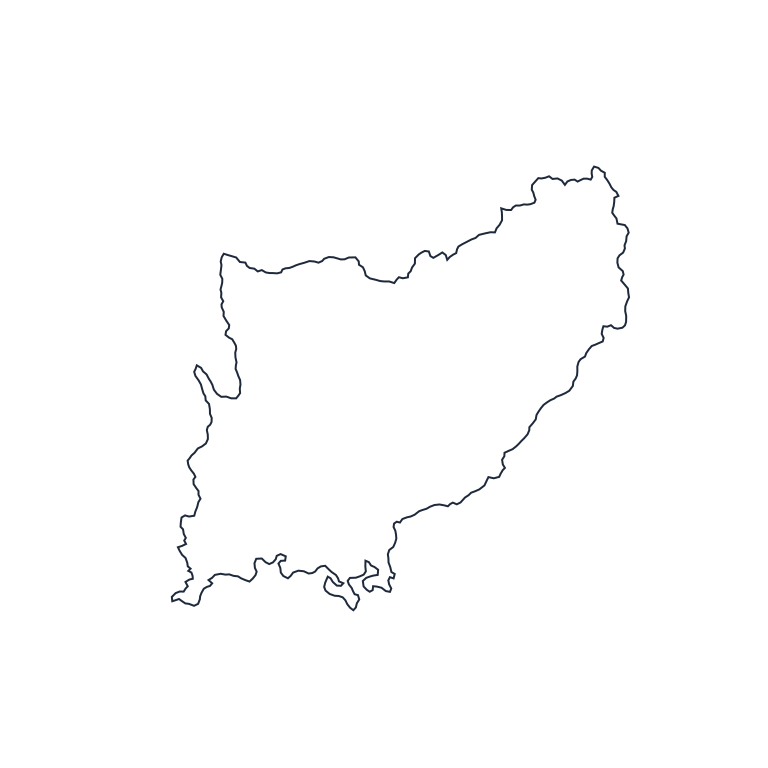 Bom Retiro, Santa Catarina, Brazil (Mercator projection), rotated 293°
{"feature_id": "56859067B90842299420584", "entity_name": "Bom Retiro", "entity_type": "district", "adm_level": 2, "iso_a3": "BRA", "parent_name": "Brazil", "parent_adm1": "Santa Catarina", "projection": "mercator", "projection_center": [-49.588, -27.777], "detail": "fine", "context": "isolated", "style": "outline", "palette": "slate", "viewbox_px": 768, "rotation_deg": 293, "n_neighbors": 0, "source": "geoboundaries", "source_scale": "gbopen_adm2", "svg_char_len": 6166}
<svg xmlns="http://www.w3.org/2000/svg" viewBox="0 0 768 768"><g transform="rotate(293 384 384)"><path d="M441.3,185.6L437.2,185.1L433.0,185.8L429.8,188.0L425.6,189.2L420.6,190.6L417.6,194.1L414.0,195.5L410.6,196.1L407.1,196.6L404.3,198.7L400.1,200.2L397.4,203.7L393.8,203.3L391.1,204.7L387.8,208.3L383.9,209.7L380.8,213.9L377.8,218.5L374.5,219.4L370.9,218.0L367.3,218.9L366.1,223.4L365.9,226.8L363.4,230.2L361.4,232.7L358.5,234.3L354.8,234.8L350.4,236.9L346.3,239.8L343.2,240.4L339.9,241.5L337.2,244.3L334.6,246.6L331.4,250.0L327.4,252.1L323.3,253.1L319.4,255.1L316.4,254.5L313.0,253.5L311.1,248.9L310.8,243.8L308.6,239.2L309.7,234.1L312.3,229.6L316.2,226.3L318.6,223.4L320.3,220.8L323.5,216.9L324.9,212.5L327.4,209.3L328.0,204.4L324.2,204.7L321.1,204.5L317.8,207.2L314.8,212.1L312.0,215.7L308.4,218.5L304.8,221.5L302.9,224.3L299.2,226.3L297.3,230.7L292.9,233.5L288.5,235.5L285.4,238.7L281.6,240.1L278.6,239.9L275.8,238.5L272.4,238.9L268.5,241.6L264.5,243.4L259.7,243.3L255.5,240.9L251.9,237.8L246.7,236.5L242.9,234.7L239.8,234.1L236.7,233.2L233.5,235.2L231.2,237.3L229.3,240.1L227.1,244.1L224.8,246.7L221.6,245.9L217.4,247.9L214.7,252.1L213.0,255.1L209.6,256.5L206.7,259.9L202.8,259.3L197.7,260.1L192.8,260.2L188.6,260.8L185.8,256.3L185.3,252.2L182.0,249.8L177.1,251.1L173.1,252.5L171.7,255.8L167.7,258.3L164.9,261.7L161.8,261.3L159.4,264.3L156.0,261.3L153.2,258.1L150.4,261.3L147.8,265.0L146.3,269.3L142.5,272.8L139.5,274.6L138.4,278.1L135.5,276.9L135.2,280.4L132.7,282.7L130.0,284.1L128.0,281.3L124.2,278.6L121.1,282.4L118.2,281.3L114.6,280.7L113.2,277.1L110.1,273.9L105.1,271.9L101.3,274.0L103.8,276.9L106.0,279.3L105.2,282.8L104.4,286.8L105.4,290.3L105.6,295.8L109.0,298.8L113.9,298.6L116.8,297.7L120.4,297.6L125.1,298.1L128.0,300.2L130.1,302.7L133.4,303.7L135.0,299.1L138.4,301.5L142.2,302.9L145.5,307.8L146.6,312.6L148.3,315.9L148.6,320.4L149.9,324.8L149.3,328.2L149.3,333.1L149.6,337.4L153.6,339.2L157.9,340.4L161.5,340.1L164.3,337.0L168.4,334.8L173.2,334.7L175.6,339.7L173.7,344.6L173.4,348.7L176.4,351.5L180.4,352.8L183.9,352.4L187.0,355.2L187.0,360.9L182.8,362.0L180.9,358.1L177.5,357.0L174.2,360.4L170.1,362.7L167.9,366.4L167.6,371.5L171.0,373.1L174.9,374.0L178.7,378.1L180.3,383.4L180.1,388.7L182.0,391.9L184.5,393.9L188.3,394.9L191.4,397.1L193.7,400.9L191.9,405.3L190.5,409.1L189.4,414.4L187.2,417.6L184.7,419.7L184.7,424.4L181.4,423.2L180.0,419.3L181.8,414.2L184.3,410.7L184.7,407.5L181.7,407.5L178.2,407.5L173.8,408.2L171.0,410.9L169.5,416.0L169.8,421.3L171.2,425.2L171.5,429.3L169.8,433.0L167.0,436.2L164.8,440.2L163.8,444.2L167.3,445.4L171.5,444.7L176.0,445.4L179.5,442.5L179.0,439.1L181.2,436.4L183.6,434.0L185.8,430.0L188.6,427.5L192.2,428.4L194.7,433.8L197.7,437.1L200.6,439.8L204.4,440.5L208.8,438.1L214.1,436.0L214.1,439.7L211.9,442.9L211.8,446.9L210.7,451.2L205.8,452.8L203.6,449.2L201.3,446.3L198.6,443.4L194.4,441.5L189.7,444.3L187.8,448.6L187.2,452.0L189.8,454.1L193.6,453.0L194.7,456.5L195.5,461.3L194.1,466.6L195.0,470.7L198.6,470.6L201.6,467.0L204.9,464.7L208.5,464.9L208.8,468.8L213.3,468.1L213.8,464.3L217.9,461.3L221.5,457.9L225.2,456.2L228.7,454.1L233.2,453.7L237.6,456.2L242.0,456.3L246.4,455.8L250.1,453.9L253.3,451.8L256.1,448.7L259.4,447.8L262.2,449.5L262.7,452.8L266.9,453.7L270.3,457.3L272.5,460.4L275.7,463.3L280.7,466.1L283.2,468.8L285.7,471.8L289.1,474.4L292.3,477.7L294.8,482.2L295.9,487.2L296.4,490.6L299.3,491.8L301.7,493.7L301.7,498.0L304.8,500.7L311.1,502.9L314.7,505.3L318.0,506.7L320.8,509.7L324.2,512.9L329.9,516.1L335.2,516.3L339.1,516.5L340.1,521.9L343.5,526.3L346.8,526.4L350.9,526.9L354.0,528.1L356.4,524.8L360.4,522.3L364.5,523.0L367.8,521.8L371.4,525.1L374.2,527.8L378.4,530.1L381.7,531.5L384.9,532.6L388.8,534.2L393.8,535.8L398.2,535.8L401.0,534.7L405.9,536.3L410.7,537.5L415.1,536.5L418.7,537.0L423.1,537.9L427.2,539.1L430.9,541.3L434.1,543.5L437.2,546.4L439.8,547.8L442.8,551.1L446.6,554.6L450.2,557.2L456.0,558.6L460.2,557.4L464.0,558.3L467.4,558.3L471.3,557.0L475.7,555.1L480.4,554.5L483.7,555.3L487.8,558.3L491.4,558.1L495.9,559.0L500.2,560.4L502.5,562.9L505.3,565.5L508.6,568.7L512.2,568.2L515.2,564.8L519.3,563.8L522.9,563.4L524.0,567.1L526.8,570.0L525.5,573.9L526.2,577.4L529.0,581.5L532.1,582.9L535.7,582.6L541.2,580.4L545.4,577.5L549.8,575.8L555.3,575.5L559.5,575.7L563.1,573.4L567.2,571.2L569.7,566.4L571.9,561.9L575.4,561.5L578.3,561.8L581.2,559.7L583.0,554.4L586.9,551.4L591.0,549.9L594.5,550.5L598.4,552.8L602.8,552.8L605.7,551.2L610.0,551.1L614.8,549.6L618.9,550.1L622.4,547.3L624.4,543.5L622.8,536.3L627.2,533.3L629.1,529.9L630.8,527.2L634.1,526.3L637.5,525.9L641.5,524.8L645.5,523.3L648.7,526.3L651.6,522.8L652.3,519.4L653.8,516.5L656.5,513.3L659.0,509.7L661.0,506.2L664.7,504.7L665.1,500.5L666.7,496.9L666.2,492.4L661.8,491.8L658.9,492.9L656.0,494.8L652.9,494.4L652.4,490.8L651.0,487.5L648.7,485.4L646.0,483.1L646.6,479.6L644.9,476.4L642.1,473.7L638.0,472.7L640.7,468.2L641.0,463.4L638.6,459.0L639.7,454.8L636.9,451.9L634.7,448.6L633.8,445.6L629.4,444.1L625.0,442.6L620.6,444.1L618.6,446.6L615.6,448.9L612.8,451.6L609.7,451.6L606.7,448.5L605.1,445.8L604.0,442.6L601.4,439.4L599.8,435.6L597.1,433.8L593.8,433.0L592.0,428.5L591.5,423.3L587.9,425.5L584.1,427.3L580.8,428.7L575.7,428.2L571.3,426.8L566.9,426.9L565.3,422.7L562.0,418.0L558.4,413.2L554.2,411.2L551.2,408.0L547.8,405.2L543.1,401.3L539.6,398.8L536.5,398.6L532.7,399.3L530.1,397.1L526.6,394.9L523.0,393.7L526.8,390.5L527.9,386.3L523.7,383.4L519.4,380.1L519.9,376.7L523.5,373.5L522.4,369.5L519.4,367.0L516.9,365.4L511.9,363.4L506.9,365.4L502.2,364.3L498.3,364.5L495.1,363.2L491.5,364.3L488.7,360.0L488.1,356.0L485.1,354.9L480.9,354.0L480.4,348.7L478.4,343.9L477.3,340.4L476.7,335.7L475.7,329.7L476.8,324.8L480.4,322.1L483.2,319.0L484.0,314.4L487.0,312.8L489.4,308.2L486.7,302.2L483.4,299.0L481.8,295.6L481.4,292.1L480.9,288.0L479.3,283.6L475.9,280.0L473.1,279.1L470.1,276.3L469.6,272.2L468.0,267.3L464.4,263.2L461.3,259.3L458.8,256.5L456.6,254.5L453.9,251.6L451.9,248.0L449.7,245.8L446.6,245.7L444.1,242.4L442.8,238.7L441.4,235.3L440.5,231.6L441.1,227.0L438.3,223.8L439.5,219.6L438.3,215.0L439.2,211.6L441.6,209.0L440.0,203.7L442.7,198.5L442.2,194.1L441.7,189.9L441.3,185.6Z" fill="none" stroke="#1e293b" stroke-width="2"/></g></svg>